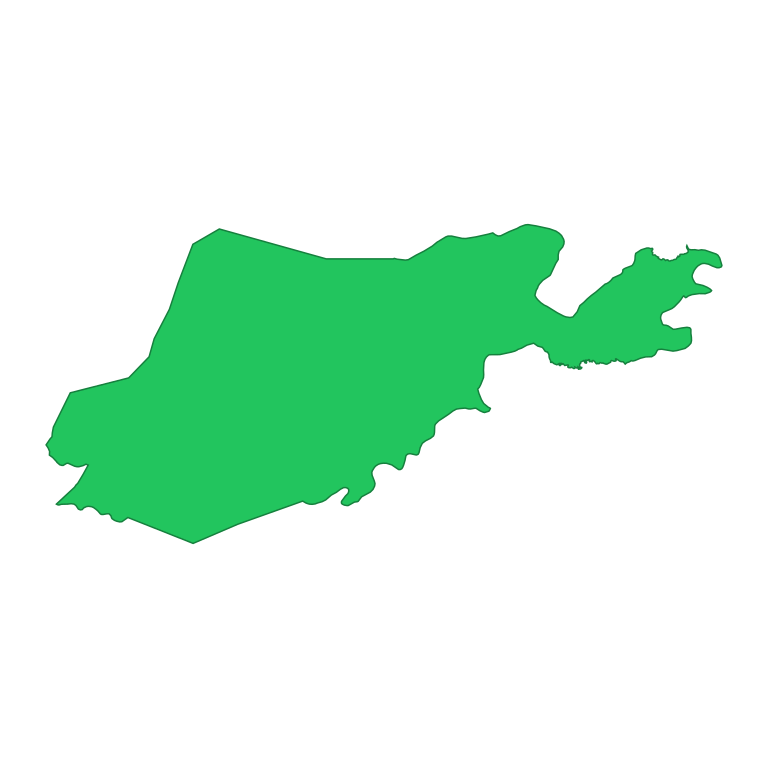 Mon Repos, Praslin, Saint Lucia
{"feature_id": "8701671B32794864311067", "entity_name": "Mon Repos", "entity_type": "district", "adm_level": 2, "iso_a3": "LCA", "parent_name": "Saint Lucia", "parent_adm1": "Praslin", "projection": "mercator", "projection_center": [-60.893, 13.858], "detail": "fine", "context": "isolated", "style": "filled", "palette": "green", "viewbox_px": 768, "rotation_deg": 0, "n_neighbors": 0, "source": "geoboundaries", "source_scale": "gbopen_adm2", "svg_char_len": 6073}
<svg xmlns="http://www.w3.org/2000/svg" viewBox="0 0 768 768"><path d="M56.4,504.1L57.4,504.7L58.9,505.0L61.3,504.3L63.4,504.2L67.7,504.1L71.1,503.7L74.0,504.1L75.9,505.4L78.4,509.1L80.4,509.9L82.2,509.6L83.7,507.9L86.4,506.6L88.5,506.3L91.6,506.7L93.5,507.5L96.1,509.4L97.9,511.0L100.3,513.8L101.2,514.4L103.0,514.5L106.9,513.8L109.1,513.8L110.9,515.7L111.6,517.9L112.1,518.7L114.4,520.3L116.7,521.2L119.7,521.9L121.9,521.7L127.9,517.5L193.1,543.4L237.6,524.3L302.7,501.1L305.9,503.0L307.3,503.5L309.3,504.1L312.1,504.3L315.2,503.9L317.5,503.0L322.1,501.7L325.7,499.9L331.4,495.0L336.4,492.3L340.5,489.2L343.6,487.6L346.0,487.6L347.9,488.4L348.7,489.7L348.7,491.4L348.0,493.5L345.4,496.1L341.7,501.1L341.4,502.0L341.5,503.2L342.2,504.1L344.3,505.1L347.2,505.6L348.3,505.5L354.4,502.1L357.3,501.7L358.2,501.3L361.6,496.8L370.3,492.1L373.0,489.4L374.6,486.1L375.0,483.6L374.3,481.0L372.1,475.3L371.8,472.5L372.3,470.8L374.4,467.4L375.8,465.9L378.3,464.3L380.4,463.6L383.4,463.2L386.6,463.3L391.8,464.9L398.5,469.5L400.1,469.6L401.7,468.8L402.6,467.5L403.6,465.1L405.0,460.4L405.8,456.2L406.3,455.2L407.7,454.1L409.3,453.7L410.5,453.7L415.9,454.9L416.8,454.9L418.2,454.2L419.0,452.7L420.2,447.6L422.3,443.3L425.6,440.8L430.5,438.3L433.5,435.9L434.2,434.1L434.5,432.2L434.7,426.1L435.1,424.7L435.9,423.6L438.6,420.9L449.1,413.9L452.9,411.0L456.4,409.1L459.6,408.6L465.2,408.1L468.4,408.9L470.4,409.0L475.0,408.2L476.1,408.3L480.0,410.8L483.2,412.2L484.6,412.5L488.6,411.3L489.2,410.9L490.4,408.5L490.2,408.2L488.2,407.2L483.7,403.5L481.4,399.6L478.9,393.4L477.7,389.1L479.3,387.3L480.7,384.6L483.5,377.6L483.7,374.7L483.5,369.9L483.9,362.7L484.3,361.3L484.9,359.4L486.4,357.0L488.5,355.1L489.6,354.7L499.8,354.6L511.4,352.1L514.9,351.1L517.2,350.0L517.7,349.5L521.6,348.1L527.0,345.1L533.7,343.2L537.8,346.1L542.2,347.3L543.3,348.5L545.0,351.1L546.5,351.9L547.5,352.0L549.0,354.6L549.1,357.0L549.6,358.8L550.4,360.2L550.7,362.3L551.1,362.5L551.9,362.0L554.1,363.7L556.9,364.8L559.0,363.6L559.1,365.0L560.0,365.6L560.7,365.0L560.5,364.2L560.2,363.8L560.8,363.3L561.2,363.3L561.8,364.4L562.2,364.4L562.6,363.7L563.1,363.7L564.7,365.5L568.0,364.9L568.3,365.5L567.8,366.8L568.0,367.3L568.9,367.7L570.8,367.7L571.7,367.2L573.6,368.5L574.7,368.4L575.2,367.6L575.0,367.1L576.7,368.0L577.4,367.9L577.9,366.7L579.0,367.9L578.9,368.3L578.1,368.5L578.5,369.2L580.7,368.9L581.8,367.8L581.7,367.4L580.3,367.2L579.7,366.0L579.6,364.2L580.6,363.4L580.7,362.1L583.6,360.6L585.1,362.9L586.3,363.1L586.6,362.6L586.3,361.7L585.6,360.9L585.0,360.9L585.3,360.2L586.9,360.2L587.5,360.5L588.6,359.6L589.2,359.6L589.4,359.8L589.2,361.0L589.5,361.6L589.9,361.8L590.9,361.2L592.0,361.9L592.3,360.9L593.0,360.4L594.6,361.5L596.2,363.6L596.9,363.9L597.8,363.3L598.5,363.7L599.2,363.6L600.1,362.6L602.1,363.2L602.9,362.9L603.6,363.4L605.8,364.1L607.0,364.1L610.6,362.2L610.9,360.9L611.6,360.5L614.0,361.2L614.9,361.2L616.0,360.8L616.2,360.1L615.6,359.5L615.6,358.9L616.0,358.7L620.0,361.3L621.1,361.7L623.3,361.8L625.2,364.1L626.7,362.8L629.5,361.8L631.2,360.6L631.8,360.9L632.9,361.0L635.0,360.5L640.5,358.2L645.7,356.9L651.7,356.7L654.5,355.0L655.6,353.7L657.2,350.5L658.3,349.5L661.7,349.2L673.0,351.1L676.8,350.6L685.1,348.4L688.1,346.2L689.6,344.7L690.9,343.2L691.2,342.0L691.5,340.7L691.4,337.2L690.9,333.4L690.9,329.6L690.6,328.8L689.7,327.8L687.0,327.3L681.5,328.0L675.4,329.2L673.2,329.3L668.3,326.0L666.3,325.3L663.4,325.0L662.4,324.0L660.7,319.1L660.6,317.1L661.1,315.0L662.1,313.2L662.9,312.4L671.8,308.6L674.4,306.7L679.0,302.0L680.7,299.9L682.9,296.6L683.8,295.9L685.4,297.6L686.4,297.4L688.4,295.9L692.0,294.6L699.2,293.6L705.3,293.7L709.2,292.4L710.5,291.8L711.4,290.9L711.6,290.5L709.9,288.9L707.2,287.3L703.1,285.5L695.8,283.8L694.4,282.1L692.8,279.0L692.1,276.6L692.4,274.5L694.2,270.3L696.3,267.5L698.0,265.8L699.3,265.0L701.0,264.0L702.5,263.5L704.7,263.4L708.6,264.2L712.3,266.0L716.9,267.7L719.2,267.7L721.4,266.8L721.9,265.4L719.7,258.0L717.9,255.2L716.1,254.0L705.1,250.2L701.3,249.8L698.5,250.3L694.9,249.7L690.9,249.8L689.1,249.3L688.4,248.8L686.9,245.6L686.6,246.4L686.7,247.8L688.3,250.7L688.0,252.2L686.2,253.5L684.7,253.7L683.8,254.3L680.7,254.3L680.0,254.5L679.9,256.0L679.0,256.6L678.7,256.2L677.9,256.2L677.8,257.2L677.2,257.3L676.2,259.1L675.5,259.4L674.4,259.4L672.5,260.4L671.3,260.4L670.1,261.0L668.9,260.9L667.8,260.2L667.8,259.9L666.8,259.9L665.4,260.5L664.5,259.4L663.4,258.9L662.8,258.9L662.1,259.6L661.4,259.9L660.3,259.5L658.3,258.3L658.0,257.8L658.5,257.2L656.3,256.2L655.0,254.9L653.1,255.1L652.5,254.5L652.7,252.4L651.8,251.7L651.5,251.0L652.5,250.0L652.8,249.1L652.4,248.4L652.0,248.3L651.0,248.7L648.6,248.0L646.9,248.0L641.2,249.8L635.7,253.4L635.2,255.8L635.0,259.3L634.7,260.8L633.7,263.3L632.5,265.1L631.9,265.7L625.3,268.2L623.7,269.1L622.9,269.8L622.7,272.0L621.7,273.6L620.2,274.7L612.9,278.0L610.8,280.6L608.6,282.5L606.7,283.6L605.1,284.1L595.7,292.2L591.4,295.4L587.3,298.9L583.8,302.4L579.9,305.6L577.2,311.8L572.9,317.0L569.9,317.5L565.9,316.9L563.7,316.1L557.3,312.8L547.0,306.4L544.2,305.1L540.8,302.7L537.9,299.9L536.2,297.8L534.9,295.4L536.1,290.5L537.6,287.9L538.1,286.2L539.4,284.1L542.8,280.3L550.0,275.4L550.5,274.7L555.8,263.3L558.2,259.5L558.2,254.9L559.0,251.3L562.7,246.9L563.9,243.9L564.1,241.4L563.6,239.3L561.5,235.5L559.2,233.3L555.9,231.1L549.5,228.8L536.1,225.9L528.0,224.6L525.2,224.9L520.2,226.7L517.0,228.5L509.3,231.6L500.7,235.8L498.0,236.0L495.3,234.8L492.8,232.9L488.5,234.1L475.9,236.9L465.9,238.5L462.2,238.4L451.7,236.1L448.0,236.1L445.8,236.9L436.9,242.3L432.3,246.1L423.9,251.2L416.2,255.1L408.3,259.7L405.4,260.1L397.2,259.2L394.2,258.4L393.3,258.9L326.3,258.9L219.3,229.0L192.9,244.3L178.2,282.9L169.4,309.3L154.2,338.7L149.1,356.8L128.7,377.9L70.3,392.8L53.4,427.1L52.3,433.0L52.0,436.8L50.1,438.9L46.1,444.9L48.1,447.9L49.6,451.4L49.4,455.1L52.6,457.4L56.9,462.0L56.9,462.3L59.8,464.8L61.9,465.4L63.2,465.4L66.5,463.4L68.0,463.2L74.6,466.2L76.9,466.7L79.0,466.7L83.1,465.6L86.0,464.2L88.2,465.1L83.1,474.4L77.7,483.4L76.0,485.0L74.6,487.2L56.4,504.1Z" fill="#22c55e" stroke="#15803d" stroke-width="1.5"/></svg>